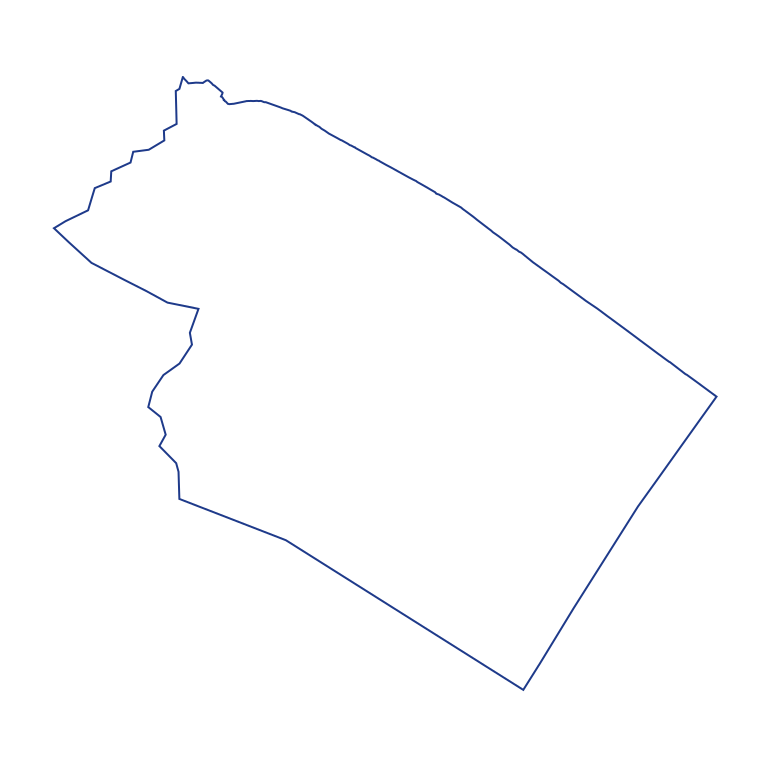 Nord Kanem, Kanem, Chad (Equal Earth projection), rotated 91°
{"feature_id": "50815135B74780249962770", "entity_name": "Nord Kanem", "entity_type": "district", "adm_level": 2, "iso_a3": "TCD", "parent_name": "Chad", "parent_adm1": "Kanem", "projection": "equal_earth", "projection_center": [14.386, 15.416], "detail": "fine", "context": "isolated", "style": "outline", "palette": "blue", "viewbox_px": 768, "rotation_deg": 91, "n_neighbors": 0, "source": "geoboundaries", "source_scale": "gbopen_adm2", "svg_char_len": 3167}
<svg xmlns="http://www.w3.org/2000/svg" viewBox="0 0 768 768"><g transform="rotate(91 384 384)"><path d="M663.8,225.1L663.4,224.9L662.2,224.1L604.9,190.5L502.0,127.9L473.5,108.2L443.5,87.6L412.7,66.4L400.4,57.9L390.8,51.3L390.4,51.9L375.1,73.4L372.3,77.4L369.3,81.7L369.0,82.6L363.1,90.5L359.9,94.8L358.8,96.3L357.2,98.4L356.9,99.2L354.4,102.8L352.7,105.2L350.1,108.8L349.6,109.6L346.8,113.5L344.7,116.4L336.1,128.4L329.3,137.8L314.0,159.3L313.5,160.0L312.4,161.6L304.9,172.0L299.0,181.1L298.4,182.0L297.5,183.4L283.8,202.7L280.9,206.8L280.2,208.1L279.7,209.0L277.7,211.2L273.5,217.3L268.6,224.3L266.9,226.8L259.6,237.3L253.2,245.4L251.4,247.6L250.0,249.6L249.9,249.9L249.4,251.2L247.2,254.0L247.1,254.7L246.8,255.1L245.2,257.8L242.4,261.0L240.7,263.3L235.7,270.0L234.0,272.3L233.5,273.1L232.7,274.2L230.4,277.7L228.8,279.5L228.7,279.6L226.9,282.1L218.1,294.0L216.5,296.0L215.5,297.3L211.6,302.7L207.5,308.5L206.7,309.4L206.2,310.0L201.4,318.8L196.4,327.2L195.8,328.5L195.7,328.6L194.7,330.3L194.1,331.5L193.5,332.6L193.0,334.5L192.9,334.6L192.6,334.9L192.6,335.3L191.4,336.2L188.5,341.4L187.9,342.4L187.7,342.9L187.4,343.3L181.4,354.3L180.6,355.3L180.4,355.6L180.0,356.6L179.2,358.3L178.2,360.3L176.9,362.9L175.1,366.3L171.8,372.5L167.2,381.1L165.0,385.5L161.3,392.4L160.9,392.8L160.3,394.4L159.4,395.9L158.2,398.3L157.9,398.8L157.5,400.2L156.9,401.0L156.3,401.9L155.5,403.3L155.1,404.2L148.4,416.8L147.8,417.3L147.7,417.9L147.7,418.0L146.1,421.1L145.8,422.3L144.5,424.2L142.8,427.4L141.8,429.3L141.5,429.8L141.0,430.8L140.9,431.4L140.2,432.7L139.0,434.9L136.3,440.1L134.4,443.8L134.2,444.0L131.7,447.7L129.9,450.9L128.8,452.2L128.0,453.1L127.6,454.0L126.7,455.6L125.3,457.8L125.5,457.8L123.9,459.8L123.8,460.0L123.0,461.1L117.3,469.7L117.0,470.2L116.4,471.5L115.7,472.9L115.7,473.0L115.7,473.6L114.2,477.1L113.8,478.0L113.6,479.0L113.4,480.2L113.3,480.3L113.2,481.2L112.8,481.7L112.5,482.1L111.7,484.7L110.1,490.3L109.5,491.7L109.1,492.8L104.3,507.1L104.3,508.7L104.1,509.3L103.5,510.8L103.2,511.7L103.1,512.1L103.2,512.9L103.3,514.2L103.2,515.1L103.1,515.9L103.4,519.8L103.3,522.0L103.4,523.8L103.5,526.3L103.8,527.4L104.7,531.4L106.5,539.4L106.5,540.1L106.6,540.7L106.9,543.7L106.6,544.7L106.6,545.0L104.9,546.6L104.4,547.1L104.0,548.0L103.5,548.3L102.9,548.6L102.9,549.2L101.6,549.6L99.7,551.1L99.6,551.5L99.4,552.0L96.6,550.7L95.4,550.5L88.6,558.7L88.5,559.0L87.9,560.2L86.5,561.4L85.2,562.9L83.6,564.9L83.5,565.5L83.5,566.0L83.6,566.5L83.9,567.2L85.7,569.8L86.2,570.4L86.1,571.1L86.1,571.8L86.0,576.1L86.0,577.5L86.3,580.0L86.5,581.9L86.8,584.8L84.9,586.5L82.9,588.5L81.6,589.8L81.2,589.8L80.6,590.4L80.6,590.5L92.5,593.7L94.7,597.3L101.6,597.0L115.4,596.4L127.6,595.9L134.5,608.5L139.4,608.2L144.3,607.9L153.9,623.3L156.2,638.8L167.0,641.3L176.1,660.4L181.0,660.6L186.3,660.8L193.2,676.6L202.3,679.2L215.5,682.9L226.8,705.3L230.1,710.5L234.0,716.7L247.5,701.9L268.0,678.6L284.4,645.5L295.2,623.3L306.4,601.9L312.1,570.8L336.2,579.0L348.0,576.7L367.1,588.8L378.9,604.7L395.7,615.6L411.2,619.3L420.9,606.8L438.5,601.4L450.0,607.5L466.8,590.4L475.4,587.9L502.5,586.6L541.9,479.4L687.4,239.4L663.8,225.1Z" fill="none" stroke="#1e3a8a" stroke-width="2"/></g></svg>